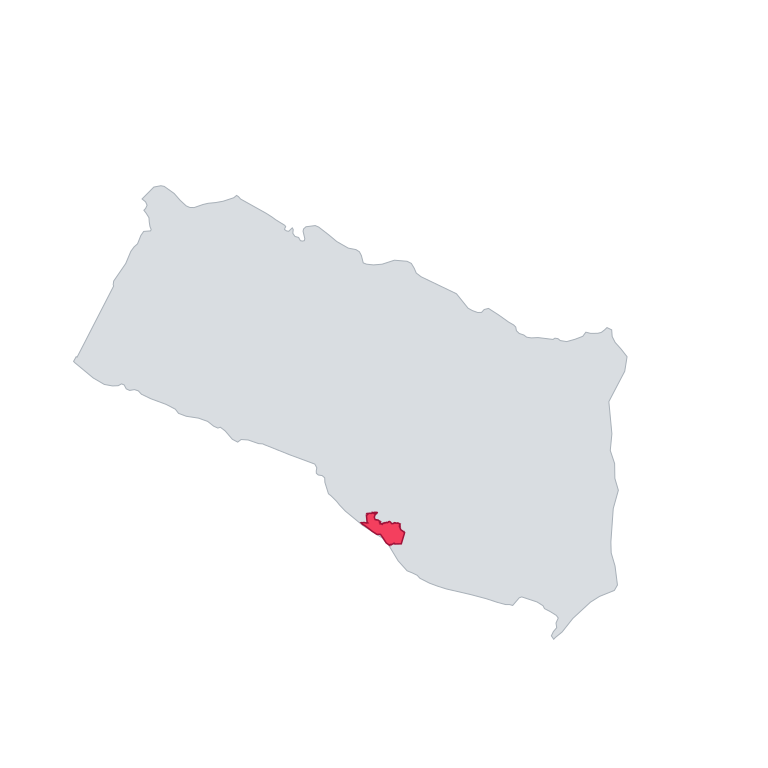 location of Dormaa Municipal, Brong Ahafo, Ghana, rotated 298°
{"feature_id": "2480657B85939384202988", "entity_name": "Dormaa Municipal", "entity_type": "district", "adm_level": 2, "iso_a3": "GHA", "parent_name": "Ghana", "parent_adm1": "Brong Ahafo", "projection": "equal_earth", "projection_center": [-2.774, 7.238], "detail": "fine", "context": "in_parent", "style": "filled", "palette": "rose", "viewbox_px": 768, "rotation_deg": 298, "n_neighbors": 0, "source": "geoboundaries", "source_scale": "gbopen_adm2", "svg_char_len": 6475}
<svg xmlns="http://www.w3.org/2000/svg" viewBox="0 0 768 768"><g transform="rotate(298 384 384)"><path d="M449.8,88.3L454.3,93.9L455.3,97.2L453.7,109.3L450.5,117.8L448.4,125.7L448.7,129.7L450.7,133.6L457.5,139.9L461.0,143.9L465.1,150.1L469.8,156.1L477.9,163.9L481.3,165.3L481.1,167.5L480.0,170.5L479.4,199.7L478.8,207.2L478.2,211.0L477.5,221.9L476.7,223.4L475.1,223.3L473.7,223.7L473.4,225.9L474.0,228.1L478.8,229.7L477.8,231.3L474.2,232.8L472.5,236.1L473.3,239.8L471.3,242.9L471.9,244.9L473.2,246.4L475.2,245.8L480.9,240.8L483.2,240.2L486.2,241.3L491.6,248.9L491.9,252.7L489.7,265.5L487.6,275.5L487.2,288.7L489.5,296.1L489.2,300.2L486.8,303.7L481.2,308.8L481.6,312.3L484.2,318.8L488.9,326.1L498.2,335.1L503.2,346.8L503.3,351.5L500.4,356.3L497.1,360.4L496.1,366.4L497.7,405.6L490.4,422.6L490.3,427.5L491.1,433.1L493.0,436.5L496.8,437.5L499.8,440.8L498.8,452.7L497.2,464.9L497.0,470.8L496.1,473.6L493.2,475.9L492.1,479.7L492.9,484.5L492.3,488.0L493.9,492.5L497.3,498.2L502.7,512.3L504.7,513.4L505.7,516.3L505.1,519.2L507.2,525.4L513.2,531.7L519.4,537.1L524.5,537.9L525.7,542.7L529.1,548.9L531.5,551.6L535.4,553.4L538.5,554.4L538.7,559.6L533.0,563.2L529.2,568.6L526.2,576.8L522.2,585.8L508.2,590.6L502.8,590.6L474.0,590.8L447.0,608.6L431.5,615.0L422.0,625.0L409.1,632.1L400.2,640.8L381.6,644.9L351.0,658.5L341.5,663.9L331.8,673.4L316.1,684.5L309.9,684.3L297.6,674.0L288.3,668.7L265.7,660.8L248.7,657.7L240.6,654.3L238.3,653.7L240.2,650.0L245.0,649.8L249.9,650.9L253.7,648.1L259.2,647.7L260.6,644.7L261.1,637.2L261.0,631.2L262.9,628.5L263.4,621.4L260.7,605.6L258.8,603.8L248.9,601.6L248.2,598.4L246.4,595.1L244.5,587.0L242.4,574.9L238.9,559.9L232.3,535.2L230.7,526.5L229.5,517.6L229.3,507.0L230.7,503.0L230.5,497.6L229.9,492.1L234.5,479.5L243.7,464.1L245.6,458.6L247.3,454.7L247.6,449.2L249.2,431.3L253.6,409.6L256.3,401.5L258.2,397.1L260.4,389.8L261.0,386.5L269.4,378.0L273.3,375.7L274.1,372.4L272.8,368.7L273.4,366.2L275.4,365.0L278.5,364.0L280.8,360.5L277.2,333.8L274.3,307.2L274.2,305.0L272.5,301.3L270.8,290.3L267.9,283.9L264.0,282.1L264.0,276.0L268.0,265.8L269.0,259.8L267.1,258.0L266.8,253.4L268.2,245.8L267.5,241.2L266.8,236.3L262.7,224.6L261.6,216.4L263.8,211.6L263.7,201.1L261.5,184.9L261.1,174.6L262.6,170.3L261.9,166.3L258.9,162.4L258.7,158.7L261.2,155.0L260.9,152.2L257.7,150.1L254.8,145.1L252.3,137.2L252.8,124.5L257.6,101.2L258.2,99.3L263.6,99.4L263.6,100.4L280.5,100.2L299.7,99.9L322.7,99.6L343.6,99.3L344.5,98.3L348.0,97.0L369.1,99.4L382.3,98.2L387.9,99.0L392.0,100.6L401.1,99.6L405.9,100.2L409.6,106.0L411.1,105.9L413.1,103.5L416.8,100.7L420.5,98.4L423.1,93.9L424.7,90.4L427.1,91.1L430.6,90.9L432.9,88.0L433.8,83.5L449.8,88.3Z" fill="#d9dde1" stroke="#a8b0b8" stroke-width="1"/><path d="M267.5,438.3L267.4,438.1L267.3,437.9L267.2,437.8L267.1,437.6L267.0,437.4L266.9,437.2L266.8,436.9L266.7,436.7L266.4,436.4L266.3,436.2L266.1,436.0L266.1,435.7L265.8,435.7L265.7,435.6L265.5,435.4L265.4,435.2L265.4,434.9L265.2,434.4L265.2,434.1L265.1,433.8L264.8,433.9L264.6,434.1L264.4,434.2L264.2,434.1L264.0,433.8L263.9,433.7L263.7,433.5L263.5,433.0L263.5,432.6L263.4,432.5L263.4,432.4L263.2,432.1L263.0,431.8L262.6,431.4L262.5,431.1L262.4,431.0L262.3,430.8L262.3,430.7L262.1,430.4L261.7,429.8L261.6,429.7L261.1,430.8L260.4,430.5L260.0,430.0L254.1,433.9L253.8,434.8L253.6,434.5L253.5,434.4L253.3,434.2L253.1,434.1L253.1,433.7L253.0,433.3L252.9,433.1L252.8,432.9L252.7,432.8L252.7,432.7L252.6,432.3L252.5,432.1L252.5,431.7L252.3,431.3L252.3,431.2L252.1,431.1L251.9,430.9L251.7,430.7L251.4,430.3L251.4,430.2L251.4,429.9L251.3,429.7L251.1,429.5L251.1,429.3L250.9,429.2L250.7,428.9L250.4,429.7L250.0,431.1L250.0,432.0L249.9,433.1L249.9,433.6L248.9,440.1L248.4,442.7L247.9,448.4L249.1,450.4L249.4,451.2L249.6,451.5L249.1,452.5L247.5,455.7L246.3,457.8L244.7,460.6L244.4,463.2L244.3,464.9L244.6,464.8L245.2,464.8L245.4,465.0L245.6,465.4L245.5,465.7L245.5,465.9L245.5,466.0L245.8,466.1L246.0,466.2L246.3,466.3L246.5,466.6L246.8,466.8L247.0,466.9L247.1,467.1L247.3,467.1L247.6,467.2L247.8,467.3L248.2,467.7L248.2,468.0L248.0,468.3L247.8,468.6L251.0,474.3L254.0,473.7L260.5,472.4L261.8,472.1L262.0,472.0L262.3,472.0L262.3,471.9L262.3,471.7L262.5,471.3L262.6,471.2L262.7,470.9L262.8,470.9L262.9,470.7L263.0,470.7L262.9,470.4L262.8,470.2L262.9,469.5L263.0,469.2L263.1,468.9L263.0,468.6L263.0,468.4L263.0,468.2L263.1,467.9L263.2,467.7L263.2,467.3L263.4,467.0L263.4,466.9L263.5,466.7L263.8,466.4L264.1,466.3L264.1,466.2L264.4,465.9L264.5,465.9L264.5,465.7L264.7,465.4L264.8,465.4L264.9,465.2L265.0,465.1L265.1,464.8L265.2,464.7L265.3,464.7L265.3,464.8L265.5,464.9L265.6,464.7L265.7,464.4L266.0,464.3L266.2,464.2L266.3,464.3L266.4,464.6L266.5,464.5L266.6,464.4L266.8,464.4L267.0,464.2L267.2,463.9L267.3,464.0L267.4,463.8L267.5,463.8L267.4,463.7L267.5,463.6L267.8,463.4L267.9,463.2L267.9,462.9L267.9,462.7L267.8,462.4L267.8,462.2L267.9,461.9L267.9,461.7L267.8,461.4L267.7,461.4L267.5,461.1L267.4,461.1L267.4,460.9L267.2,460.8L267.2,460.7L267.0,460.3L267.0,460.2L266.7,459.7L266.5,459.3L266.5,459.2L266.4,459.0L266.4,458.8L266.5,458.7L266.4,458.5L266.5,458.5L266.4,458.3L266.4,458.2L266.2,458.1L265.9,458.1L265.7,457.9L265.4,457.9L265.3,457.7L265.2,457.7L265.0,457.4L264.9,457.3L264.8,457.2L264.7,457.1L264.6,456.9L264.5,456.6L264.3,456.3L264.3,456.1L264.4,455.9L264.5,455.8L264.6,455.6L264.9,455.1L265.1,454.5L265.1,454.4L265.1,454.2L265.2,453.9L265.2,453.7L265.2,453.4L265.0,453.1L264.8,453.0L264.7,452.8L264.6,452.7L263.8,452.6L263.7,452.4L263.2,452.2L263.2,451.9L263.2,451.6L263.1,451.3L263.0,451.1L262.7,451.1L262.3,450.8L262.3,450.7L262.2,450.7L262.0,450.4L261.9,449.8L261.7,449.8L261.5,449.7L261.4,449.4L261.2,449.2L260.9,449.2L260.9,448.6L260.6,448.5L260.5,448.4L260.1,448.4L259.6,448.4L259.5,448.2L259.3,448.2L259.4,447.9L259.4,447.6L259.4,447.3L259.4,447.2L259.3,446.9L259.2,446.9L259.3,446.7L259.2,446.6L259.3,446.5L259.2,446.4L259.3,446.4L259.3,446.1L259.3,445.9L259.3,445.7L259.4,445.4L259.4,445.2L259.8,445.2L260.0,445.2L260.1,445.3L260.1,445.5L260.3,445.7L260.6,445.7L260.5,445.4L260.5,445.2L260.6,444.9L260.9,444.7L261.0,444.6L260.9,444.4L260.7,444.2L260.8,443.8L260.8,443.7L261.0,443.2L261.1,442.7L261.1,442.4L260.9,442.1L260.7,441.9L260.7,441.6L260.7,441.3L260.6,441.1L260.4,441.1L260.3,440.8L260.3,440.6L260.2,440.1L260.1,439.8L261.9,437.9L264.9,437.5L264.9,436.8L265.4,437.4L265.5,437.5L265.7,438.1L265.8,438.2L265.9,438.3L266.1,438.3L266.3,438.3L266.6,438.4L267.2,438.3L267.4,438.3L267.4,438.2L267.5,438.3Z" fill="#f43f5e" stroke="#9f1239" stroke-width="1.5"/></g></svg>